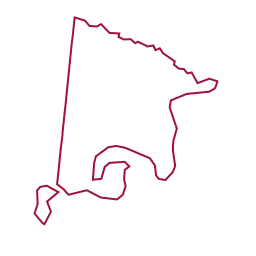 the district of West Feliciana, Louisiana, United States of America, rotated 276°
{"feature_id": "52423323B24194597484154", "entity_name": "West Feliciana", "entity_type": "district", "adm_level": 2, "iso_a3": "USA", "parent_name": "United States of America", "parent_adm1": "Louisiana", "projection": "robinson", "projection_center": [-91.444, 30.849], "detail": "fine", "context": "isolated", "style": "outline", "palette": "rose", "viewbox_px": 256, "rotation_deg": 276, "n_neighbors": 0, "source": "geoboundaries", "source_scale": "gbopen_adm2", "svg_char_len": 1128}
<svg xmlns="http://www.w3.org/2000/svg" viewBox="0 0 256 256"><g transform="rotate(276 128 128)"><path d="M232.4,63.4L215.0,63.4L214.7,63.4L206.8,63.2L152.2,63.4L142.4,63.5L141.6,63.4L115.5,63.4L114.5,63.6L100.5,63.3L69.1,63.4L64.7,63.3L60.4,70.3L55.4,75.8L61.8,93.6L56.0,108.2L55.8,124.6L61.1,129.8L69.6,131.7L77.1,129.4L86.0,129.2L90.0,133.3L94.0,128.2L91.4,113.3L86.9,108.9L74.7,106.8L72.9,98.5L89.7,98.0L96.6,99.1L106.8,110.4L108.9,118.0L108.1,127.0L100.2,152.9L93.7,158.6L83.8,160.9L80.7,163.8L80.1,170.6L88.6,177.0L95.2,178.9L110.9,174.9L119.3,174.4L132.6,176.6L152.8,167.3L160.0,167.8L168.0,182.7L172.6,205.0L176.2,210.0L179.3,211.2L183.8,212.0L185.5,203.7L179.9,192.5L189.9,185.5L188.6,181.3L192.5,177.3L192.4,172.1L195.8,167.1L199.2,167.5L206.0,155.0L210.6,151.3L208.3,147.2L212.7,144.6L211.1,138.5L211.9,137.1L214.8,128.9L213.1,126.2L216.6,121.4L215.6,114.4L217.6,109.1L221.1,109.5L220.6,99.7L228.5,90.3L225.7,86.5L225.5,79.0L230.3,74.0L232.4,63.4ZM57.0,65.4L62.1,53.3L60.3,47.0L56.4,44.1L43.1,46.1L33.2,44.0L24.5,53.0L23.6,54.9L36.7,60.1L46.4,55.2L57.0,65.4Z" fill="none" stroke="#9f1239" stroke-width="2"/></g></svg>